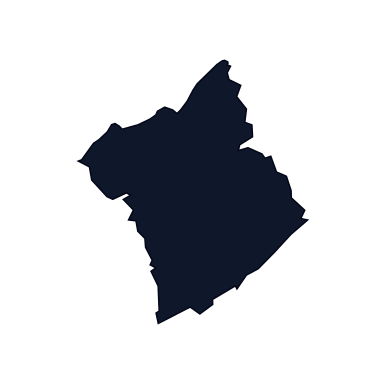 outline of Glynn, Georgia, United States of America, rotated 213°
{"feature_id": "52423323B35006791438696", "entity_name": "Glynn", "entity_type": "district", "adm_level": 2, "iso_a3": "USA", "parent_name": "United States of America", "parent_adm1": "Georgia", "projection": "equal_earth", "projection_center": [-81.504, 31.233], "detail": "fine", "context": "isolated", "style": "filled", "palette": "ink", "viewbox_px": 384, "rotation_deg": 213, "n_neighbors": 0, "source": "geoboundaries", "source_scale": "gbopen_adm2", "svg_char_len": 1118}
<svg xmlns="http://www.w3.org/2000/svg" viewBox="0 0 384 384"><g transform="rotate(213 192 192)"><path d="M148.7,63.4L130.9,94.5L119.0,94.0L113.4,109.0L116.3,113.1L104.5,136.9L101.5,135.2L101.1,152.0L94.7,163.6L90.0,186.7L86.0,210.3L79.8,231.5L86.3,229.0L87.5,238.1L105.6,241.2L109.6,247.1L121.4,256.6L132.0,254.8L145.4,264.9L149.2,260.1L154.1,262.0L169.2,259.6L175.7,252.0L177.7,257.6L171.3,271.3L178.3,280.9L185.7,279.2L191.5,291.2L206.5,296.3L209.2,308.0L222.1,306.4L227.4,311.2L228.2,318.5L231.8,317.8L231.9,319.6L232.9,320.6L236.3,320.2L238.1,318.4L240.5,312.6L246.6,285.6L246.6,277.8L245.5,265.5L246.2,254.8L247.3,249.7L252.9,250.3L261.1,248.3L265.0,240.9L264.3,237.0L266.9,230.4L273.9,218.9L284.8,206.6L288.8,207.6L293.9,207.5L296.1,204.7L295.8,196.3L298.5,185.3L301.1,179.2L302.1,158.9L304.2,156.0L291.7,157.2L282.6,147.4L260.8,141.8L254.5,142.7L246.4,155.6L241.7,155.8L245.6,148.3L231.3,145.0L230.0,134.0L223.3,137.3L216.1,129.6L206.2,127.4L200.8,120.3L188.2,113.1L187.4,108.1L181.0,108.6L183.2,103.2L169.2,94.7L154.7,74.3L156.2,70.9L148.7,63.4Z" fill="#0f172a" stroke="#020617" stroke-width="1.5"/></g></svg>